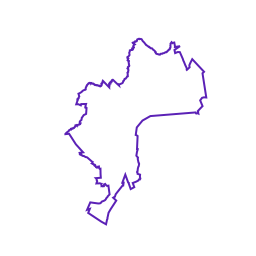 outline of Allende, Chihuahua, Mexico, rotated 24°
{"feature_id": "50627088B83243051408080", "entity_name": "Allende", "entity_type": "district", "adm_level": 2, "iso_a3": "MEX", "parent_name": "Mexico", "parent_adm1": "Chihuahua", "projection": "albers", "projection_center": [-105.393, 27.035], "detail": "fine", "context": "isolated", "style": "outline", "palette": "violet", "viewbox_px": 256, "rotation_deg": 24, "n_neighbors": 0, "source": "geoboundaries", "source_scale": "gbopen_adm2", "svg_char_len": 5639}
<svg xmlns="http://www.w3.org/2000/svg" viewBox="0 0 256 256"><g transform="rotate(24 128 128)"><path d="M73.3,159.1L76.5,157.2L87.0,164.1L96.9,168.5L93.9,170.4L94.5,171.1L94.7,171.6L95.0,171.6L95.6,171.1L95.8,171.1L95.9,171.7L96.7,171.5L97.4,171.9L98.6,171.8L99.0,171.5L101.1,171.8L102.1,171.5L102.8,171.5L109.2,173.5L109.5,173.5L109.4,173.9L109.8,175.0L109.7,175.1L110.3,175.2L110.5,174.9L111.7,175.1L111.8,175.4L112.9,176.1L113.2,176.0L113.4,175.5L114.6,176.7L114.8,176.6L115.7,176.9L116.3,176.5L116.3,175.5L117.1,175.0L117.5,176.0L118.0,176.3L118.4,176.6L118.7,176.8L119.0,176.7L119.4,176.4L121.7,181.3L123.4,184.5L119.0,186.9L120.2,187.4L120.5,188.3L121.1,188.7L121.6,189.4L121.5,190.3L121.7,191.5L122.5,191.0L123.1,190.9L124.4,190.1L125.3,189.9L125.9,190.0L126.5,189.8L126.5,190.1L127.4,191.8L127.6,191.6L128.3,191.7L128.5,191.6L128.6,191.3L129.6,191.1L129.7,190.9L129.4,190.4L129.1,189.2L129.6,188.8L129.9,188.4L130.9,189.0L132.1,189.4L132.7,189.3L132.8,189.1L133.3,189.0L133.6,188.7L138.2,196.2L137.2,198.8L137.3,199.5L136.7,201.0L136.7,202.2L136.4,203.2L135.5,204.4L134.0,205.9L133.6,207.5L133.0,208.3L131.4,209.1L123.8,211.3L123.9,219.4L126.0,217.4L126.2,221.8L141.7,224.4L147.1,224.9L146.1,220.2L146.2,219.4L145.7,218.2L145.6,217.5L144.7,213.3L145.2,209.0L146.8,199.1L142.8,197.7L143.6,196.5L144.0,196.1L143.7,193.5L146.5,182.5L147.0,182.4L146.3,179.9L145.8,180.3L145.8,180.7L145.1,180.6L144.5,171.7L150.2,177.6L151.1,177.9L151.1,178.2L155.3,182.7L157.8,179.5L154.7,176.3L157.1,173.9L158.8,171.8L158.9,170.5L159.2,170.2L159.8,170.1L159.9,169.3L159.8,169.0L158.9,168.1L158.3,166.6L158.0,165.7L155.4,166.0L154.8,164.9L154.2,164.6L154.1,164.0L154.3,163.6L153.5,161.1L153.2,159.2L153.3,158.5L152.8,156.4L152.4,155.7L151.8,155.5L149.4,152.2L149.3,151.4L149.1,150.9L148.0,150.5L146.9,149.9L145.9,146.1L145.6,143.8L145.4,143.3L144.8,143.6L140.1,131.6L140.0,131.4L138.5,131.1L137.9,131.2L135.8,123.9L138.2,115.3L143.6,108.0L183.4,86.3L184.2,87.0L184.5,87.0L185.5,86.2L186.4,86.2L184.9,84.1L185.2,83.3L185.3,83.3L185.3,82.9L187.2,77.7L182.7,73.4L183.4,70.3L184.9,69.1L187.1,68.3L173.8,47.7L174.6,45.7L158.7,39.0L158.5,42.7L158.5,45.6L158.7,46.1L159.6,47.5L158.1,51.0L157.9,50.9L157.8,50.6L157.6,49.8L155.8,48.1L155.2,47.7L151.9,44.5L151.2,44.0L150.0,42.6L144.5,37.6L142.5,38.4L140.6,40.4L138.7,37.8L142.2,32.1L137.9,34.9L137.7,34.3L135.5,31.1L134.4,31.9L134.1,32.4L132.9,31.9L132.8,32.6L132.5,33.6L133.1,34.8L133.2,35.6L133.7,36.3L133.9,36.7L134.0,37.2L133.8,37.8L134.1,38.2L134.1,38.7L134.0,39.4L133.6,39.5L133.3,39.9L133.2,40.9L132.8,41.5L132.8,41.9L132.3,42.7L132.4,43.0L132.0,43.4L131.6,43.4L131.3,43.7L130.4,45.0L129.4,45.6L129.1,46.2L127.8,46.8L127.5,47.1L127.5,47.8L126.9,48.2L125.8,48.4L125.2,48.3L124.6,48.6L123.4,48.6L123.0,48.4L122.6,47.5L122.0,47.6L121.8,47.2L121.5,46.9L120.1,46.4L118.9,46.2L118.0,45.6L117.5,45.5L116.5,45.9L115.8,45.6L115.1,45.7L114.4,45.2L113.9,45.5L112.8,45.1L110.8,44.8L110.7,44.6L110.2,44.5L108.0,43.3L106.1,42.6L104.4,41.4L103.5,41.4L102.5,42.1L102.0,41.9L101.7,42.0L101.5,42.3L100.6,43.1L100.4,43.4L100.7,44.8L100.6,45.3L100.1,45.7L99.3,45.8L99.2,46.0L99.4,46.6L99.2,47.0L98.2,47.5L97.6,48.2L97.8,48.4L100.2,48.9L99.8,49.5L99.5,50.3L99.5,51.3L99.6,51.5L100.6,51.8L100.7,52.0L100.5,52.5L99.4,53.6L99.6,53.8L100.5,54.0L100.5,54.4L100.3,54.8L99.9,55.1L99.1,55.5L98.1,56.3L98.5,57.5L98.5,58.8L99.4,60.1L99.7,60.8L99.3,62.5L98.6,63.3L98.6,63.6L99.0,64.3L100.0,64.4L99.9,65.3L100.5,66.3L100.4,66.4L100.6,66.5L100.8,66.2L101.1,66.5L101.4,66.4L101.5,66.8L101.8,67.0L101.7,67.4L101.9,67.7L102.1,68.2L102.8,69.0L102.9,69.5L103.7,70.3L103.7,70.7L103.8,70.8L103.7,71.1L103.8,71.3L103.3,71.8L103.1,72.4L103.2,72.6L103.5,72.7L103.6,73.0L103.3,73.8L103.8,74.1L104.3,74.1L104.5,74.5L104.9,75.0L105.0,76.1L105.4,76.7L105.2,77.2L105.4,77.5L105.1,77.3L105.0,77.8L105.8,78.7L106.0,79.2L106.1,79.9L106.8,80.6L106.8,80.9L106.2,81.6L106.1,82.6L105.7,84.0L105.0,84.4L104.9,84.6L105.0,86.3L104.9,86.7L104.6,86.9L104.8,88.7L104.6,89.3L102.5,91.6L101.6,91.8L102.4,92.8L99.9,92.0L94.6,90.1L94.3,90.2L94.0,90.5L93.9,91.3L93.8,91.6L94.0,91.8L94.0,92.1L94.3,92.2L94.3,92.4L93.9,92.7L93.9,93.0L93.5,92.8L93.2,93.3L93.1,93.8L92.9,94.1L92.9,95.0L93.2,95.1L92.8,95.4L93.0,95.9L93.4,96.0L93.3,96.6L93.8,96.9L93.6,97.4L94.0,97.5L94.0,97.8L94.1,98.1L94.3,98.5L85.8,95.1L85.8,95.7L86.0,96.1L86.0,96.4L86.1,96.6L86.0,97.0L86.3,97.5L85.6,98.3L85.8,98.7L86.4,99.0L86.5,99.3L86.4,99.7L86.4,100.4L85.7,101.3L85.5,101.2L84.7,101.3L84.6,101.0L83.8,101.2L83.5,101.5L83.0,101.3L82.6,101.3L81.7,101.6L81.6,101.9L80.8,101.8L80.4,102.2L79.8,102.2L79.2,101.7L78.5,101.8L78.3,101.6L77.9,101.9L77.0,102.1L76.4,101.9L76.3,102.1L76.2,101.8L75.4,102.2L74.8,102.2L74.4,102.5L74.0,102.9L74.1,103.4L73.6,103.7L73.6,104.3L73.1,105.2L73.2,105.7L73.2,106.4L73.0,106.6L73.1,107.7L73.0,108.1L73.3,109.2L73.7,110.0L73.5,110.4L72.9,110.7L71.4,112.5L71.2,113.3L70.8,114.2L69.5,116.1L68.8,116.8L70.7,119.1L70.5,120.3L70.5,120.8L70.8,121.1L70.4,121.7L70.6,122.2L70.1,122.4L70.4,123.2L70.7,123.3L71.1,127.4L72.9,126.5L75.7,126.5L75.5,125.2L79.9,123.1L80.1,124.8L80.5,125.4L80.4,126.3L80.8,126.8L82.0,126.6L84.0,132.2L82.3,134.2L81.8,136.9L81.6,137.4L81.9,138.3L82.2,139.6L82.1,139.9L81.6,140.6L81.6,141.0L81.4,141.6L81.4,142.0L82.0,143.5L82.7,143.2L82.7,143.9L82.4,144.1L82.2,144.6L81.7,144.9L80.6,145.8L80.7,146.2L80.2,146.2L80.3,146.7L79.6,146.4L78.9,146.9L79.1,147.5L79.1,148.2L79.0,148.3L79.1,148.6L78.8,149.0L78.7,149.9L78.0,150.2L78.0,150.8L77.3,151.5L76.9,151.3L76.2,151.9L76.5,152.6L76.2,152.7L76.0,153.0L75.5,153.4L75.2,153.7L75.1,154.1L75.1,154.9L74.5,155.8L73.6,157.6L73.6,158.0L73.2,158.9L73.3,159.1Z" fill="none" stroke="#5b21b6" stroke-width="2"/></g></svg>